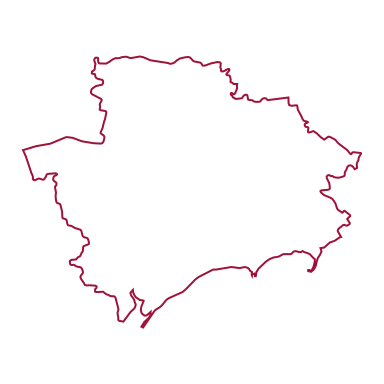 map outline of Zaporizhzhya (Equal Earth projection)
{"feature_id": "UKR-331", "entity_name": "Zaporizhzhya", "entity_type": "Region", "adm_level": 1, "iso_a3": "UKR", "parent_name": "Ukraine", "parent_adm1": "", "projection": "equal_earth", "projection_center": [35.703, 47.193], "detail": "fine", "context": "isolated", "style": "outline", "palette": "rose", "viewbox_px": 384, "rotation_deg": 0, "n_neighbors": 0, "source": "natural_earth", "source_scale": "10m", "svg_char_len": 5851}
<svg xmlns="http://www.w3.org/2000/svg" viewBox="0 0 384 384"><path d="M213.3,269.5L198.6,277.0L195.3,279.5L186.2,288.9L182.6,292.0L169.2,298.0L167.1,299.3L165.3,301.1L161.9,305.4L160.1,307.0L156.2,309.4L154.5,310.9L143.1,327.5L141.4,326.7L144.4,321.9L148.6,318.1L150.2,315.7L150.6,312.0L146.7,315.4L144.5,315.6L141.8,313.5L140.8,310.2L141.4,306.4L143.7,300.9L142.9,300.4L139.9,300.0L135.8,297.2L134.4,295.2L133.2,292.6L132.9,289.9L130.4,292.8L131.2,295.6L133.3,298.3L134.4,300.4L134.7,302.3L135.4,303.4L135.7,304.6L135.2,306.8L134.3,308.5L130.5,312.0L123.4,321.6L119.3,320.9L118.3,320.0L118.2,316.8L117.6,313.9L117.6,312.3L118.4,310.0L118.3,308.6L115.6,298.1L114.9,296.9L114.2,296.3L111.0,296.2L109.8,295.8L108.1,294.8L107.1,294.6L105.6,293.8L103.0,291.7L97.1,292.1L95.1,291.7L95.1,289.4L95.3,289.0L96.4,287.9L96.6,287.3L96.6,286.4L95.6,285.7L90.3,285.3L86.4,285.4L84.8,284.9L83.9,283.0L81.2,279.1L80.4,277.3L80.7,275.8L82.7,273.4L83.0,272.3L82.7,270.8L81.6,268.1L80.4,267.2L77.8,266.8L76.1,266.3L74.2,264.9L73.6,264.8L71.8,265.1L70.7,264.7L70.2,264.3L69.8,262.2L69.9,261.1L70.1,260.7L71.4,259.9L76.1,259.4L77.8,257.4L80.0,256.2L80.6,255.3L81.5,253.0L82.8,251.3L83.1,247.5L83.4,246.4L84.2,245.9L88.7,244.2L88.9,243.5L88.9,242.4L88.4,240.2L87.6,238.4L86.7,237.8L84.2,237.3L82.9,236.3L82.6,235.8L81.4,231.1L80.6,229.8L74.7,227.9L71.4,225.9L68.6,225.4L67.9,225.1L67.4,224.1L66.7,220.6L66.1,219.4L63.1,218.4L62.4,217.5L62.3,216.5L62.1,211.6L60.4,204.7L60.0,204.1L59.4,203.8L56.9,202.8L56.3,201.7L55.8,198.7L55.6,196.0L56.0,192.5L55.1,188.0L55.0,187.0L55.4,186.1L56.3,185.3L56.5,183.5L56.1,182.5L53.7,180.7L53.2,179.6L53.4,177.8L53.7,176.7L54.5,176.0L56.5,175.1L57.0,174.2L56.8,173.8L55.6,173.3L48.0,173.9L47.1,174.3L46.6,174.6L45.9,176.7L44.9,178.0L44.4,179.0L43.6,179.6L42.4,179.6L39.6,178.6L38.1,178.7L35.3,180.1L34.1,180.1L33.4,179.8L32.9,178.9L32.9,176.7L32.5,175.5L31.4,173.1L26.0,156.8L23.0,150.1L36.0,146.2L50.2,143.7L65.7,137.3L66.9,137.1L72.5,137.8L82.0,141.3L93.5,143.2L100.9,143.6L102.2,143.2L102.9,142.5L103.7,140.9L104.4,137.8L104.4,136.8L104.0,135.9L103.3,135.2L100.7,133.4L100.6,132.4L102.5,128.2L104.1,121.5L105.0,119.3L106.3,112.6L106.2,111.6L105.2,111.0L100.5,110.2L99.7,109.6L100.2,106.6L99.7,104.7L100.2,103.1L101.5,100.9L101.7,99.9L101.5,99.4L100.8,98.8L92.2,94.3L91.4,93.6L91.0,92.7L91.0,91.6L91.3,90.2L91.7,89.2L92.4,88.5L96.0,86.0L100.9,85.0L102.1,84.6L103.0,83.4L103.2,82.2L102.9,80.7L102.3,79.9L97.7,78.8L96.2,77.9L95.4,76.7L95.2,75.0L94.9,74.2L94.5,74.0L92.2,73.7L91.9,73.5L91.8,72.3L92.0,71.5L94.1,70.2L94.7,69.3L95.0,65.8L95.5,64.1L94.2,60.4L94.3,59.6L94.8,58.4L96.0,57.6L97.3,57.7L98.1,58.1L98.1,60.3L98.4,62.3L98.8,63.1L99.3,63.4L106.2,63.6L109.1,62.0L112.8,59.3L115.8,58.1L117.9,58.3L119.8,58.0L121.6,57.2L125.8,56.7L127.0,56.9L130.0,58.0L130.9,58.1L139.9,56.5L143.2,57.2L150.5,60.3L168.0,63.0L170.0,63.8L171.7,63.6L173.5,63.1L174.6,62.4L177.1,60.2L179.9,58.5L184.6,57.4L187.7,57.0L189.0,57.2L190.2,57.6L193.2,60.9L194.2,61.4L200.2,62.6L201.1,63.2L202.7,65.6L204.9,65.6L211.0,63.4L217.6,62.0L220.0,62.4L220.7,63.2L220.8,63.6L220.3,67.2L220.9,69.0L221.0,70.6L221.2,71.1L221.7,71.4L223.6,71.3L227.7,69.1L229.0,69.0L229.4,69.8L229.3,70.4L228.7,71.3L226.6,73.6L226.4,74.6L227.1,75.1L229.2,75.5L230.0,76.2L230.7,79.6L230.5,81.7L230.7,82.2L232.2,82.7L233.0,83.5L233.8,84.0L237.2,84.0L236.8,86.3L237.2,88.1L235.1,93.3L234.5,94.0L233.9,94.2L233.4,94.1L232.1,93.1L231.2,93.0L230.9,93.3L230.8,93.7L230.9,94.7L232.5,96.1L232.9,97.4L234.5,98.0L235.1,98.7L236.0,98.9L241.1,98.4L242.0,98.1L243.4,96.0L244.3,95.2L245.7,94.7L246.8,94.8L247.4,95.6L248.1,99.5L249.2,99.9L252.3,100.3L254.0,101.5L256.1,101.9L259.7,101.7L260.4,101.3L261.7,99.5L262.9,98.6L264.5,98.1L266.1,98.5L267.1,99.6L267.9,100.1L288.4,97.5L288.6,103.4L289.3,105.1L291.8,105.8L296.0,105.3L296.7,105.3L297.1,105.6L297.3,106.0L297.7,109.0L298.0,110.0L301.2,115.9L302.8,119.5L304.1,120.9L307.7,121.8L307.9,122.2L307.8,122.5L305.5,123.4L304.7,124.3L304.8,125.5L305.5,126.7L308.0,127.3L308.3,127.7L308.4,128.2L307.9,130.8L308.0,131.8L308.3,132.3L308.9,132.5L309.9,132.3L313.4,131.1L316.6,133.2L321.0,137.4L324.2,139.6L328.3,136.7L329.8,136.8L334.7,139.4L335.6,140.1L338.5,143.5L347.4,150.2L349.9,153.5L350.6,154.0L351.2,154.1L351.6,153.8L352.3,152.5L353.3,152.2L360.8,153.0L361.0,153.4L360.9,153.9L358.9,157.2L358.6,158.2L358.5,160.0L357.4,162.0L356.8,163.7L356.7,164.9L357.1,167.3L357.1,167.8L356.8,168.1L354.7,169.2L353.1,166.9L352.0,165.9L350.4,165.3L349.1,165.5L348.3,166.0L347.5,166.7L346.4,169.6L345.0,172.0L344.7,173.1L344.8,174.6L344.5,175.7L343.7,176.3L339.6,177.6L337.3,177.7L335.2,177.4L333.9,177.1L332.6,176.1L330.4,175.9L329.3,175.1L328.3,175.2L327.4,175.6L326.6,176.7L326.8,178.1L329.3,183.3L329.9,187.9L329.6,188.9L328.8,189.5L327.8,189.8L321.3,190.4L320.4,191.1L320.7,192.0L321.3,192.8L324.1,195.1L329.9,197.5L332.4,198.9L334.7,202.2L335.6,203.8L336.9,208.1L337.9,209.7L342.2,212.7L342.6,212.6L343.8,211.0L344.6,210.8L350.0,215.1L350.2,215.7L350.2,216.2L348.6,217.5L347.2,219.1L349.6,222.7L349.8,223.5L349.6,224.1L347.0,225.7L345.9,225.5L344.3,224.8L343.2,225.0L338.9,228.5L337.9,229.8L337.7,230.5L337.9,231.5L341.1,237.0L340.1,237.2L338.9,237.8L335.2,240.5L333.9,241.1L330.0,242.4L324.1,247.6L320.5,248.1L321.5,251.5L320.0,254.8L317.8,258.0L316.7,261.6L315.9,265.5L313.9,269.4L311.1,271.8L308.2,271.1L308.2,270.0L309.1,270.0L311.4,270.9L313.5,266.8L314.8,261.6L314.8,259.1L313.8,258.4L309.7,254.1L308.0,253.3L304.3,252.1L302.7,251.1L300.9,252.1L298.9,252.0L295.8,251.1L293.8,251.5L291.7,253.6L290.8,254.1L283.4,254.1L278.7,256.6L273.1,257.6L269.5,259.2L266.2,261.4L258.6,268.6L256.5,271.9L255.8,276.1L255.0,276.1L255.0,274.0L254.6,273.5L252.4,274.4L252.1,275.6L251.6,274.3L251.8,273.7L252.0,272.1L250.4,271.1L248.8,268.7L248.1,268.1L245.8,267.2L243.8,267.2L239.6,268.1L231.4,267.0L216.0,269.6L213.3,269.5Z" fill="none" stroke="#9f1239" stroke-width="2"/></svg>